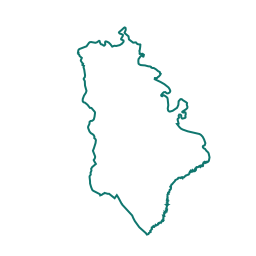 outline of Wang Muang, Saraburi, Thailand, rotated 135°
{"feature_id": "78962969B15444617755923", "entity_name": "Wang Muang", "entity_type": "district", "adm_level": 2, "iso_a3": "THA", "parent_name": "Thailand", "parent_adm1": "Saraburi", "projection": "mercator", "projection_center": [101.139, 14.811], "detail": "fine", "context": "isolated", "style": "outline", "palette": "teal", "viewbox_px": 256, "rotation_deg": 135, "n_neighbors": 0, "source": "geoboundaries", "source_scale": "gbopen_adm2", "svg_char_len": 5658}
<svg xmlns="http://www.w3.org/2000/svg" viewBox="0 0 256 256"><g transform="rotate(135 128 128)"><path d="M75.3,192.5L78.3,194.3L79.5,195.8L81.6,196.7L81.2,199.7L81.2,202.0L81.8,203.8L82.4,204.9L82.8,205.1L83.5,204.9L85.1,203.1L86.5,203.0L87.0,203.5L87.1,205.0L87.8,206.1L87.9,206.7L87.3,208.4L86.6,209.6L86.8,210.1L89.5,210.6L90.8,211.3L93.3,214.9L94.4,215.7L95.3,215.8L99.6,215.1L106.3,218.1L107.1,218.3L108.1,218.1L110.2,216.6L109.9,216.1L110.8,215.5L110.7,214.3L111.3,213.1L111.1,210.2L113.4,209.3L113.8,208.9L114.3,206.7L114.3,205.3L115.2,205.2L115.7,204.7L115.3,204.0L115.5,203.6L115.3,203.2L115.7,203.1L115.9,202.6L116.5,202.4L117.7,200.2L121.1,195.6L122.6,194.5L124.2,194.3L124.7,194.0L125.4,191.7L128.4,188.4L131.1,183.6L132.9,182.7L136.2,182.0L139.5,180.5L140.9,179.2L141.2,178.6L141.2,177.6L140.5,176.3L140.2,173.0L140.7,169.2L139.8,168.2L139.7,167.7L140.1,162.9L140.5,162.1L143.6,159.7L146.0,158.3L146.7,158.2L148.2,158.4L149.5,159.4L150.8,159.5L152.5,158.1L154.9,157.3L155.7,156.8L156.4,155.7L157.7,152.7L157.9,150.5L157.4,148.7L157.3,147.2L157.8,145.7L159.0,144.7L158.9,143.2L159.3,142.1L161.6,140.3L166.4,137.8L168.9,136.7L171.4,131.1L171.9,130.6L173.2,129.9L174.9,129.6L175.4,128.2L176.1,125.3L181.0,125.7L182.9,125.2L184.0,123.7L186.2,122.8L187.3,121.4L189.1,121.1L189.7,120.7L192.4,117.3L194.1,115.5L195.9,112.2L197.0,109.6L197.0,108.3L194.7,101.1L195.3,100.0L193.8,99.3L191.9,99.0L191.2,98.6L190.5,98.7L188.8,95.7L187.9,94.9L187.1,87.8L183.4,88.4L184.0,85.7L186.1,78.9L186.0,78.4L186.3,77.8L186.9,63.2L188.0,60.5L189.0,57.3L190.2,49.8L189.7,41.0L190.0,39.3L188.7,38.6L188.2,38.6L187.6,39.0L185.4,38.5L185.1,39.5L182.4,39.6L182.3,39.8L182.2,40.4L181.5,40.9L180.2,40.3L179.8,40.7L179.5,40.7L179.6,39.7L179.4,39.5L178.2,39.7L177.3,39.5L177.2,39.9L177.0,40.0L176.8,39.0L175.4,38.7L175.2,38.5L174.7,38.6L174.4,39.0L174.2,38.8L173.5,39.0L173.3,38.6L172.7,38.8L172.0,38.4L171.8,37.7L170.4,38.1L169.6,37.7L169.5,38.1L168.9,37.7L168.5,38.4L168.0,38.0L167.8,38.7L167.1,38.7L166.5,39.6L165.9,39.9L165.7,40.1L165.1,40.0L165.2,40.3L164.9,40.3L164.9,40.8L164.6,40.7L164.6,41.1L164.2,40.8L163.1,41.6L162.7,42.4L161.8,42.1L161.6,42.4L161.5,41.7L161.3,41.6L161.0,41.7L161.0,42.3L160.5,42.1L160.3,42.3L159.9,41.9L159.7,42.3L159.4,41.9L158.8,42.3L158.4,42.4L158.4,42.6L158.7,42.9L158.5,43.1L157.9,43.2L158.1,43.8L157.7,43.8L157.3,44.4L156.4,44.7L155.8,45.1L155.4,46.0L155.2,45.9L155.2,45.6L154.4,45.5L154.8,45.9L154.1,46.1L154.4,46.6L153.9,46.4L153.8,46.8L153.1,46.9L152.9,47.1L152.9,48.1L151.5,48.1L151.7,48.5L151.1,48.8L151.2,49.1L151.5,49.1L151.5,49.4L150.6,49.3L150.5,49.7L150.9,49.8L150.8,50.0L150.4,50.3L149.5,50.4L149.0,51.0L149.0,51.4L148.2,51.9L147.2,53.0L146.7,53.0L146.0,53.5L145.7,52.9L144.9,53.8L144.2,53.5L143.8,54.0L142.7,54.3L142.2,54.8L141.6,54.5L140.8,54.6L139.4,55.7L139.4,56.0L139.7,56.3L139.7,56.6L139.3,56.7L138.6,56.6L137.2,57.3L136.5,57.0L135.5,57.2L132.4,57.3L131.4,57.7L128.7,56.8L127.7,57.2L126.9,56.7L126.2,55.4L125.2,55.5L125.0,53.9L124.0,54.4L123.6,53.7L123.3,53.5L120.8,53.6L120.4,53.2L118.9,52.8L118.2,52.2L117.6,52.3L117.0,52.3L116.1,53.0L115.4,52.7L114.9,53.4L114.2,53.2L113.7,53.5L113.2,52.5L113.7,52.1L113.7,51.8L113.0,51.7L112.5,52.6L112.2,52.7L112.2,51.1L111.9,51.0L111.5,51.4L111.3,51.4L111.2,50.9L111.5,50.4L111.2,50.2L110.7,50.2L110.5,50.9L110.0,51.3L109.8,51.2L109.9,50.3L109.6,50.3L109.3,50.6L109.2,51.0L108.9,51.1L108.8,51.8L108.0,51.7L107.2,51.9L106.8,51.6L106.6,51.0L105.6,50.7L105.0,50.2L104.3,50.3L104.3,49.2L103.5,49.4L103.7,50.3L102.7,49.9L102.5,49.6L103.2,49.6L103.2,49.3L102.8,48.8L102.3,49.2L101.8,48.2L101.6,48.3L101.6,48.9L100.9,49.1L100.6,49.5L99.6,49.9L99.7,49.4L99.4,49.3L98.9,49.7L97.7,49.9L97.5,49.4L98.1,49.1L97.2,48.7L97.9,48.6L97.8,48.3L97.3,48.3L96.4,48.7L96.1,48.4L95.9,47.6L94.6,47.5L93.6,47.9L91.1,49.6L89.0,52.9L88.7,53.7L88.6,54.8L88.7,56.5L88.3,58.7L88.8,60.1L88.7,61.3L88.3,61.9L87.6,62.2L87.1,62.1L86.3,61.6L85.8,61.6L84.0,62.6L82.3,66.1L81.4,69.0L81.3,71.4L81.7,73.2L88.1,83.4L90.4,88.2L91.0,90.2L91.0,92.3L90.5,96.2L89.1,95.3L87.0,98.9L86.3,99.3L85.5,99.1L84.5,99.4L83.5,100.9L82.3,101.3L81.6,100.7L81.4,99.6L81.6,99.1L82.7,98.1L83.0,97.0L83.0,96.3L82.5,95.9L80.8,94.9L79.9,94.8L79.4,95.2L79.0,96.0L77.3,97.0L76.4,98.3L76.6,98.9L77.7,99.5L78.1,100.1L78.4,100.7L78.3,101.0L77.7,101.1L73.7,100.2L72.0,100.2L71.0,100.9L70.0,102.9L68.6,103.9L68.7,105.2L69.6,109.2L69.6,110.3L70.1,111.0L70.6,111.3L73.3,111.1L76.1,108.7L79.0,107.6L84.3,108.6L86.8,110.0L87.2,110.7L87.3,111.5L87.2,112.1L86.1,113.7L83.4,115.6L79.5,120.4L78.8,121.7L79.0,123.9L79.5,125.8L80.1,126.5L80.6,126.2L81.4,126.3L81.7,126.9L81.5,127.6L81.0,127.9L78.6,128.1L77.4,128.0L76.2,127.0L76.1,125.4L75.8,124.7L75.0,124.1L73.6,123.7L72.8,123.8L72.0,124.2L71.6,124.8L71.0,126.5L70.7,128.1L71.3,133.3L72.4,137.4L74.6,143.6L73.7,144.3L72.2,142.8L70.8,142.9L69.8,142.6L67.6,142.8L66.5,143.2L66.5,143.5L66.7,144.0L66.0,144.9L66.0,145.3L66.5,146.9L66.7,149.5L67.2,151.7L67.5,152.4L68.1,152.9L68.7,154.0L68.8,154.4L68.5,155.0L69.0,156.1L70.0,157.2L71.7,160.2L74.5,163.5L74.9,164.6L75.1,165.8L74.8,166.4L73.2,168.2L71.8,169.3L71.2,169.3L69.3,169.7L67.0,169.8L66.4,169.1L66.4,168.7L66.9,168.2L66.8,167.7L66.5,167.6L65.0,168.5L65.2,170.2L66.5,171.2L66.9,171.8L67.3,172.0L67.3,172.3L66.3,173.2L65.4,174.5L64.6,174.8L61.9,176.8L60.3,178.2L60.3,178.5L60.8,178.9L62.0,180.7L61.9,183.0L64.0,184.7L64.7,189.9L62.8,192.5L63.2,196.7L63.1,197.8L60.8,198.7L60.1,199.1L59.0,200.4L59.0,200.9L59.3,201.5L60.0,201.7L63.1,201.8L66.3,202.1L66.8,202.0L67.1,201.2L67.0,200.5L66.0,198.6L65.8,197.4L66.7,196.7L69.6,196.0L70.0,195.8L70.2,195.3L69.3,193.1L69.8,192.4L70.3,192.1L72.8,191.9L75.3,192.5Z" fill="none" stroke="#0f766e" stroke-width="2"/></g></svg>